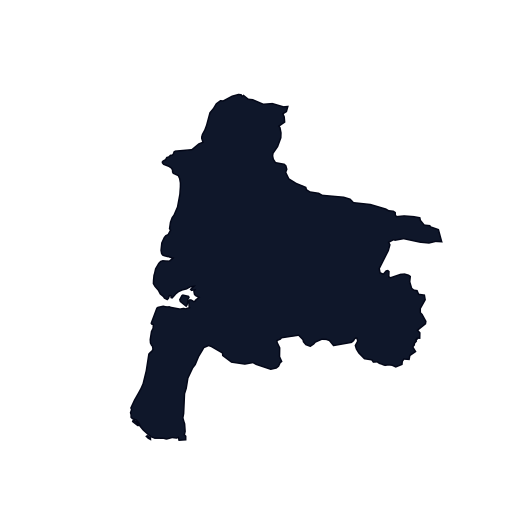 the district of Boffa, Boffa, Guinea, rotated 67°
{"feature_id": "49546643B38864499602181", "entity_name": "Boffa", "entity_type": "district", "adm_level": 2, "iso_a3": "GIN", "parent_name": "Guinea", "parent_adm1": "Boffa", "projection": "mercator", "projection_center": [-14.02, 10.351], "detail": "fine", "context": "isolated", "style": "filled", "palette": "ink", "viewbox_px": 512, "rotation_deg": 67, "n_neighbors": 0, "source": "geoboundaries", "source_scale": "gbopen_adm2", "svg_char_len": 4550}
<svg xmlns="http://www.w3.org/2000/svg" viewBox="0 0 512 512"><g transform="rotate(67 256 256)"><path d="M315.4,79.5L315.2,79.5L303.0,77.8L297.4,84.0L296.0,84.2L293.3,89.1L287.4,90.8L284.8,90.3L281.4,95.5L277.0,104.0L274.7,111.3L272.8,111.8L270.4,110.9L268.5,112.1L266.1,116.3L263.5,118.2L253.3,130.6L245.0,145.5L240.5,147.2L236.2,152.3L226.0,171.4L222.8,173.8L218.1,181.4L214.7,183.7L212.3,183.4L204.8,190.8L197.8,195.7L191.7,196.0L190.9,196.1L190.1,195.6L188.2,193.8L184.7,193.3L182.6,194.2L177.7,201.6L173.7,202.3L170.3,201.6L168.0,200.2L163.7,193.4L156.9,187.0L152.4,184.9L147.2,183.8L145.4,184.3L143.9,177.3L139.0,175.7L135.6,175.7L134.9,171.6L130.8,168.3L129.5,172.4L122.1,181.4L119.2,190.0L111.3,197.6L110.9,197.9L110.8,198.1L108.7,201.9L103.3,204.8L103.7,206.1L103.7,206.3L103.8,206.5L101.8,206.7L100.5,208.9L99.6,215.5L100.5,225.7L99.2,228.0L100.4,233.0L103.6,237.4L106.2,242.4L116.3,250.3L120.0,253.8L123.2,257.8L125.2,259.4L126.6,260.0L130.6,260.3L130.5,264.8L133.1,273.5L128.0,289.2L128.1,290.6L129.9,292.3L130.5,293.6L129.9,295.4L130.8,297.6L130.5,299.6L131.7,301.2L132.0,301.5L132.3,304.4L132.9,305.5L133.7,305.7L135.5,305.2L139.5,301.1L142.0,299.5L144.0,299.2L146.1,299.9L147.6,299.8L151.6,296.1L154.9,296.0L159.2,297.0L162.9,298.6L167.0,300.7L169.4,301.9L180.3,309.1L181.9,310.8L186.4,315.5L187.9,318.1L191.5,321.5L197.1,324.9L198.8,324.5L201.7,328.1L202.0,328.5L202.1,331.1L203.2,333.2L207.2,337.6L213.7,341.2L216.9,341.9L218.7,341.5L219.8,340.4L222.2,337.3L222.1,336.7L223.0,336.2L225.5,333.2L226.9,337.8L225.2,341.4L224.0,343.6L223.8,345.9L224.8,348.3L228.6,353.4L232.4,356.1L233.9,357.4L238.3,359.8L240.0,360.6L241.3,361.2L244.5,360.8L249.4,359.2L253.5,358.9L257.2,357.0L259.0,356.7L261.4,354.7L260.7,353.1L258.6,351.2L259.3,349.7L261.1,350.4L261.8,349.6L260.4,346.5L259.5,344.8L258.5,341.3L258.4,337.1L259.1,332.8L258.6,328.6L259.6,324.9L261.2,329.2L262.4,328.8L263.2,325.4L264.4,327.0L267.3,327.6L268.9,327.0L271.8,324.5L272.4,326.6L273.1,329.1L273.9,329.9L273.6,331.2L272.5,331.9L271.1,333.0L270.5,334.3L271.4,335.5L276.1,337.2L277.6,337.3L277.3,340.1L277.2,341.6L276.0,343.0L275.2,346.7L269.9,354.7L269.0,355.5L268.3,357.4L267.5,359.0L266.0,361.0L265.0,366.4L265.3,367.6L275.6,377.4L277.0,378.7L278.2,378.4L278.7,377.4L278.8,377.2L279.3,377.4L282.3,378.9L284.7,381.7L291.6,386.0L294.8,387.1L297.2,387.0L298.7,386.5L301.7,387.3L303.7,390.2L303.3,390.5L304.4,392.9L318.9,401.9L329.5,409.8L333.0,413.5L336.1,417.4L341.2,424.1L347.0,430.5L348.8,430.5L351.2,432.7L353.4,433.0L355.6,434.0L357.2,433.4L359.7,430.8L360.2,430.2L364.6,428.9L367.3,429.2L372.0,427.8L378.5,424.8L381.6,422.9L384.1,420.4L387.7,412.2L389.0,410.6L389.5,409.8L389.6,409.3L389.6,409.2L390.3,404.1L392.5,400.3L392.6,398.3L393.7,398.5L395.5,398.8L397.7,392.5L394.4,391.1L392.5,391.9L392.4,391.7L389.8,389.8L382.6,387.3L380.2,387.1L376.4,386.6L372.8,384.2L354.8,375.6L350.6,372.0L341.7,366.4L334.2,358.0L332.2,354.4L326.0,348.1L321.5,341.9L319.9,339.9L319.9,334.6L321.8,332.5L332.2,324.7L334.6,325.5L344.1,320.0L351.1,308.5L352.9,300.4L355.8,298.2L366.0,286.7L367.0,281.1L366.2,278.3L363.7,275.6L363.1,273.6L357.9,273.7L349.8,270.1L344.0,270.4L342.0,269.8L342.0,266.0L341.2,264.5L345.5,247.7L351.4,245.4L353.5,245.8L357.1,244.7L360.3,241.3L359.5,237.3L358.4,235.1L358.3,228.0L360.2,223.9L362.5,221.4L368.7,219.6L372.8,201.9L372.0,199.2L370.8,197.8L370.4,196.1L371.2,195.2L374.1,195.6L377.2,199.5L380.8,199.9L385.5,199.2L392.9,196.3L396.8,190.0L399.5,189.4L400.9,185.4L401.6,185.3L403.1,184.3L404.6,182.5L406.0,181.2L407.1,179.8L407.5,178.1L408.3,176.0L408.7,175.2L409.4,174.0L409.6,173.5L409.7,173.4L412.7,170.7L412.8,164.0L410.1,162.5L408.6,160.1L411.0,155.5L407.7,153.3L406.3,146.5L400.9,147.3L399.7,145.0L398.4,144.5L397.0,141.7L395.4,141.4L395.6,140.4L394.6,139.7L395.6,137.4L390.7,135.2L387.4,136.4L384.6,126.5L382.5,125.2L374.7,126.0L372.4,126.9L368.5,125.3L362.4,117.4L357.8,116.3L354.8,121.3L350.8,121.3L349.1,124.1L346.6,125.4L339.8,124.6L335.1,122.0L333.3,123.1L330.7,126.3L329.4,130.1L328.6,140.8L326.9,141.9L322.3,139.7L320.9,140.4L320.6,142.0L322.5,145.9L319.9,148.4L315.7,147.5L302.7,132.1L298.0,128.4L295.2,128.6L294.7,123.2L295.8,121.7L297.7,113.3L307.4,99.5L311.6,91.7L312.7,85.0L315.4,79.5ZM274.9,339.9L274.2,338.7L271.7,336.8L269.3,335.7L267.8,333.8L266.7,334.0L263.4,338.6L263.5,339.6L266.4,343.2L268.3,343.4L274.9,339.9ZM365.8,431.1L366.3,429.7L361.9,431.1L360.0,432.4L359.4,433.4L360.2,434.2L365.8,431.1ZM381.6,426.4L383.6,424.8L382.3,424.3L379.0,426.4L379.2,427.4L381.6,426.4Z" fill="#0f172a" stroke="#020617" stroke-width="1.5"/></g></svg>